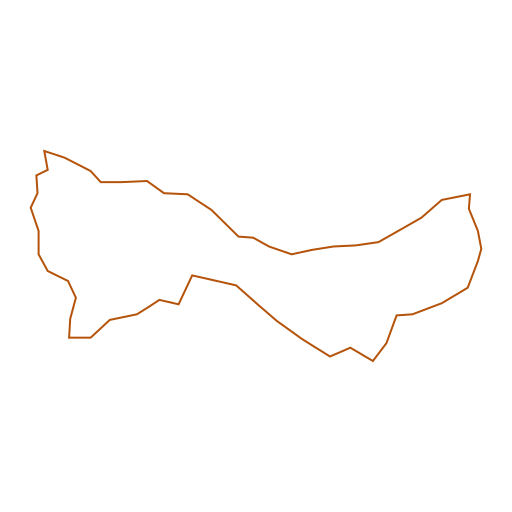 the district of Karavostasi, Cyprus
{"feature_id": "46923920B41676558074930", "entity_name": "Karavostasi", "entity_type": "district", "adm_level": 2, "iso_a3": "CYP", "parent_name": "Cyprus", "parent_adm1": "", "projection": "robinson", "projection_center": [32.819, 35.141], "detail": "fine", "context": "isolated", "style": "outline", "palette": "amber", "viewbox_px": 512, "rotation_deg": 0, "n_neighbors": 0, "source": "geoboundaries", "source_scale": "gbopen_adm2", "svg_char_len": 820}
<svg xmlns="http://www.w3.org/2000/svg" viewBox="0 0 512 512"><path d="M178.6,304.3L192.2,275.4L236.2,285.4L258.8,305.4L276.9,321.0L301.7,338.8L314.4,346.8L330.0,356.5L350.3,347.7L372.9,361.0L386.4,343.2L396.6,315.4L412.4,314.3L441.8,303.2L467.7,287.7L477.9,261.0L481.3,248.8L477.9,231.0L468.9,208.8L470.0,194.3L441.8,199.9L421.4,217.7L400.0,229.9L378.5,242.1L355.9,245.4L333.4,246.5L311.9,249.9L291.6,254.3L269.0,246.5L253.2,237.7L238.5,236.6L222.7,221.0L211.4,209.9L197.8,201.0L187.7,194.3L164.0,193.2L147.0,181.0L122.2,182.1L100.7,182.1L90.6,171.0L64.6,157.7L44.3,151.0L47.7,169.9L36.4,175.4L37.5,193.2L30.7,207.7L38.6,231.0L38.6,254.3L47.7,271.0L68.0,281.0L75.9,297.7L70.2,318.8L69.1,337.7L90.6,337.7L109.8,319.9L136.9,314.3L149.3,306.5L159.4,299.9L178.6,304.3Z" fill="none" stroke="#b45309" stroke-width="2"/></svg>